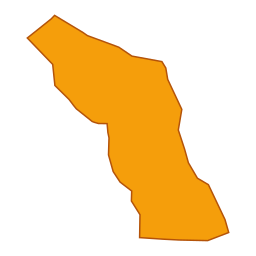 Yeso'nzu'il, Övörhangay, Mongolia (Natural Earth projection)
{"feature_id": "93677404B53674077501542", "entity_name": "Yeso'nzu'il", "entity_type": "district", "adm_level": 2, "iso_a3": "MNG", "parent_name": "Mongolia", "parent_adm1": "Övörhangay", "projection": "natural_earth1", "projection_center": [103.684, 46.617], "detail": "fine", "context": "isolated", "style": "filled", "palette": "amber", "viewbox_px": 256, "rotation_deg": 0, "n_neighbors": 0, "source": "geoboundaries", "source_scale": "gbopen_adm2", "svg_char_len": 585}
<svg xmlns="http://www.w3.org/2000/svg" viewBox="0 0 256 256"><path d="M161.9,61.6L131.9,56.1L118.8,47.2L87.4,35.6L83.1,32.6L54.6,15.4L51.2,18.9L27.3,38.0L52.7,64.4L54.9,85.5L69.1,99.5L73.7,105.6L76.3,108.8L92.2,121.5L94.3,122.3L98.4,123.5L107.1,123.6L107.9,132.6L109.0,137.9L108.5,154.9L113.2,171.6L120.1,182.1L131.7,191.0L131.4,201.0L140.0,214.7L139.6,237.6L163.7,239.2L179.4,240.0L207.7,240.6L228.7,232.5L225.0,219.6L208.4,184.7L197.4,178.2L188.4,162.8L184.6,149.2L178.3,130.0L181.8,109.4L167.7,79.4L165.8,68.0L161.9,61.6Z" fill="#f59e0b" stroke="#b45309" stroke-width="1.5"/></svg>